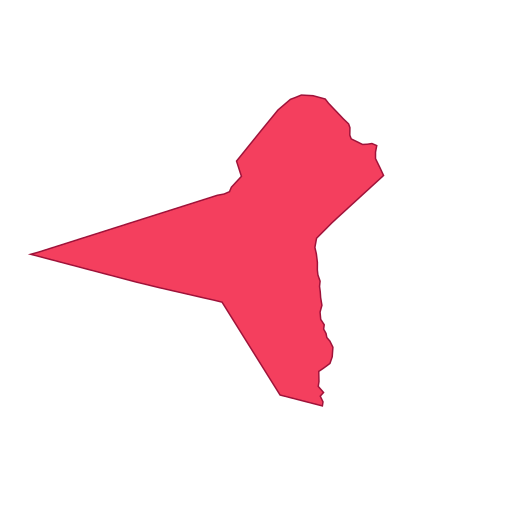 outline of Saloá, Pernambuco, Brazil, rotated 317°
{"feature_id": "56859067B37228111715524", "entity_name": "Saloá", "entity_type": "district", "adm_level": 2, "iso_a3": "BRA", "parent_name": "Brazil", "parent_adm1": "Pernambuco", "projection": "mercator", "projection_center": [-36.716, -9.001], "detail": "fine", "context": "isolated", "style": "filled", "palette": "rose", "viewbox_px": 512, "rotation_deg": 317, "n_neighbors": 0, "source": "geoboundaries", "source_scale": "gbopen_adm2", "svg_char_len": 1009}
<svg xmlns="http://www.w3.org/2000/svg" viewBox="0 0 512 512"><g transform="rotate(317 256 256)"><path d="M334.0,283.5L340.6,283.5L404.2,284.1L406.7,276.5L409.8,266.3L414.3,261.5L419.6,257.6L417.5,252.8L413.8,250.3L410.0,247.1L405.5,235.3L407.0,231.6L412.2,226.2L413.8,222.6L413.4,215.0L413.2,193.7L413.7,188.4L407.0,177.6L398.9,169.2L392.6,166.8L388.0,164.9L376.1,164.4L371.7,164.2L344.5,167.9L306.5,173.3L301.4,184.1L299.7,187.8L284.9,188.9L280.5,190.9L274.9,188.9L269.1,185.2L99.1,104.6L92.4,101.1L150.9,193.8L163.8,213.4L189.5,251.4L194.8,259.1L199.7,266.6L190.0,316.4L178.8,374.1L202.3,410.9L205.5,408.4L207.4,402.3L212.3,401.9L212.6,393.8L216.4,390.8L223.2,383.2L229.0,384.1L236.8,385.0L243.0,381.7L250.0,375.2L252.0,368.6L252.2,363.9L254.4,360.4L255.6,355.6L259.0,352.8L260.1,346.5L264.6,340.7L270.6,337.0L274.9,330.5L278.5,326.1L281.7,321.6L285.7,318.1L288.4,312.0L291.3,308.1L296.5,302.6L301.6,295.6L304.9,289.9L312.4,284.3L334.0,283.5Z" fill="#f43f5e" stroke="#9f1239" stroke-width="1.5"/></g></svg>